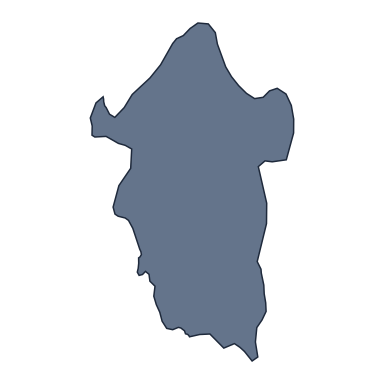 the border of Enugu
{"feature_id": "NGA-2862", "entity_name": "Enugu", "entity_type": "State", "adm_level": 1, "iso_a3": "NGA", "parent_name": "Nigeria", "parent_adm1": "", "projection": "equal_earth", "projection_center": [7.353, 6.518], "detail": "fine", "context": "isolated", "style": "filled", "palette": "slate", "viewbox_px": 384, "rotation_deg": 0, "n_neighbors": 0, "source": "natural_earth", "source_scale": "10m", "svg_char_len": 1304}
<svg xmlns="http://www.w3.org/2000/svg" viewBox="0 0 384 384"><path d="M215.3,32.6L217.4,44.1L225.7,66.9L231.5,76.7L238.6,85.6L246.5,93.4L254.6,98.6L263.2,97.3L269.5,90.9L277.2,88.3L286.0,94.0L291.3,105.4L293.7,119.1L293.6,133.0L286.3,159.8L272.2,161.8L265.0,160.9L258.3,166.6L266.7,203.2L266.5,223.6L257.2,261.6L261.0,269.2L261.3,273.1L263.8,285.1L264.2,293.8L265.7,302.8L266.1,311.4L262.0,320.0L256.8,327.6L255.4,342.0L257.8,357.0L252.1,361.0L244.5,351.5L239.9,347.3L234.4,343.6L223.8,348.1L209.9,334.0L199.7,334.5L189.5,336.8L189.0,335.8L187.7,334.4L185.5,333.8L184.5,330.8L180.7,327.9L178.3,327.4L172.7,329.7L166.7,328.4L162.1,321.2L159.8,312.3L156.3,304.6L153.8,296.2L155.0,286.2L149.9,281.2L149.0,274.3L145.5,271.4L142.5,274.5L139.1,275.4L137.3,272.1L138.2,268.3L138.7,263.3L138.6,257.9L140.0,256.9L141.4,254.6L140.9,251.7L139.7,249.1L132.8,228.3L128.5,220.4L125.2,218.0L118.1,216.2L115.0,214.1L113.1,207.1L118.9,185.6L130.7,168.3L131.7,149.0L125.1,145.3L118.4,143.4L106.1,136.4L94.8,137.0L92.0,135.2L92.2,126.0L90.3,118.0L96.0,102.9L103.1,96.8L103.6,99.1L103.7,101.7L104.7,105.8L106.1,107.5L109.5,114.2L114.8,117.4L124.2,107.6L132.2,94.5L150.0,77.9L160.6,64.8L172.7,43.5L176.6,38.7L183.3,35.6L190.1,28.5L197.9,23.0L208.3,23.9L215.3,32.6Z" fill="#64748b" stroke="#1e293b" stroke-width="1.5"/></svg>